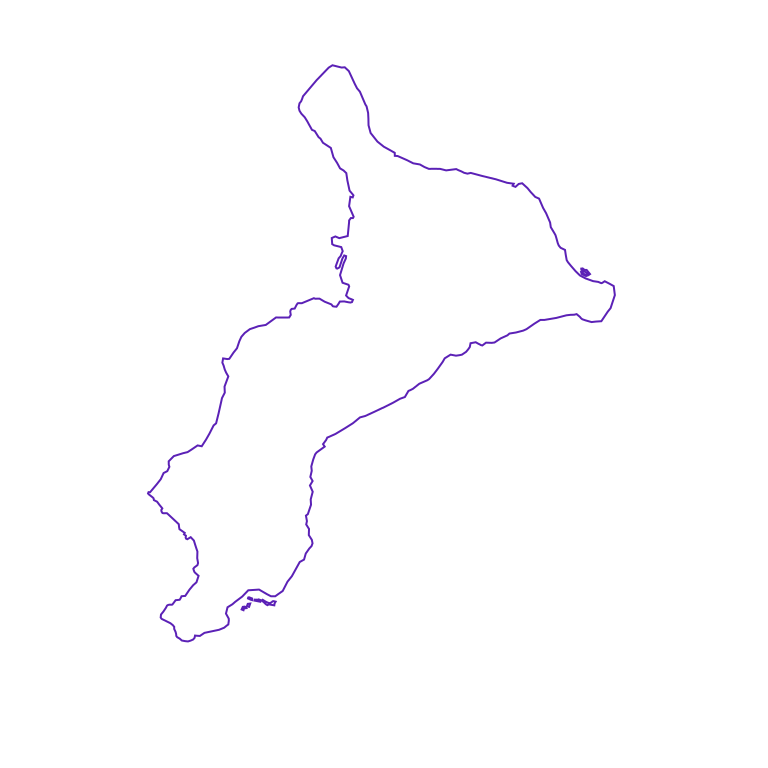 Udot, Federated States of Micronesia (Mercator projection), rotated 104°
{"feature_id": "79324940B84620093973822", "entity_name": "Udot", "entity_type": "district", "adm_level": 2, "iso_a3": "FSM", "parent_name": "Federated States of Micronesia", "parent_adm1": "", "projection": "mercator", "projection_center": [151.721, 7.382], "detail": "fine", "context": "isolated", "style": "outline", "palette": "violet", "viewbox_px": 768, "rotation_deg": 104, "n_neighbors": 0, "source": "geoboundaries", "source_scale": "gbopen_adm2", "svg_char_len": 5675}
<svg xmlns="http://www.w3.org/2000/svg" viewBox="0 0 768 768"><g transform="rotate(104 384 384)"><path d="M309.9,434.5L312.3,434.9L313.1,436.3L313.3,438.3L313.5,442.6L314.7,446.8L317.1,447.5L320.5,448.8L320.9,451.2L320.9,452.5L319.5,454.3L318.5,461.5L316.8,467.2L317.0,468.0L317.9,471.4L317.7,472.8L325.5,483.3L326.2,486.4L326.6,487.3L328.5,488.0L332.4,488.9L333.5,491.8L334.9,492.5L336.4,492.5L339.5,491.2L342.4,492.1L343.3,495.5L345.6,504.9L355.3,513.0L358.3,519.9L360.6,523.3L363.2,527.4L368.2,531.5L372.7,533.8L377.4,534.7L384.9,535.3L389.9,537.6L397.0,540.2L397.7,542.0L398.1,546.3L402.4,546.0L404.9,544.1L408.5,542.0L411.2,539.9L414.3,536.9L425.1,538.1L430.9,536.4L436.9,537.8L439.8,537.7L452.5,537.4L462.8,537.4L465.4,539.3L474.5,541.4L480.9,543.2L488.5,545.8L488.7,550.0L494.3,555.0L497.6,558.1L499.7,562.1L504.8,570.5L508.2,572.5L511.1,574.2L514.4,573.3L516.3,572.2L521.0,573.2L523.7,576.3L530.4,577.6L536.2,580.2L545.6,584.8L545.9,586.3L547.3,586.5L548.0,585.5L550.0,581.0L550.7,579.9L552.3,579.2L553.1,575.7L555.4,572.9L558.3,569.0L560.2,569.6L561.6,569.0L562.8,567.7L562.7,566.4L562.2,564.7L561.9,563.3L562.8,561.6L569.7,549.2L572.5,548.2L574.4,547.3L575.2,545.1L576.7,541.3L578.3,541.7L579.1,539.5L581.0,539.3L581.9,538.7L582.2,537.3L579.4,534.5L581.9,530.6L585.7,528.3L588.6,526.5L591.7,524.5L598.2,523.1L602.7,521.1L604.9,521.2L607.8,523.6L609.4,524.3L610.6,523.6L612.1,522.6L612.8,521.7L615.0,517.5L621.8,518.0L625.4,520.5L630.6,523.0L637.7,525.6L638.9,529.1L641.4,529.6L642.8,530.1L644.2,533.9L646.9,535.0L649.2,536.0L649.6,536.9L650.0,538.7L650.6,540.0L651.5,540.9L654.0,541.5L658.2,543.0L661.6,544.6L664.6,544.2L665.7,542.9L667.8,533.3L669.1,530.5L670.4,528.8L671.4,528.6L672.6,528.2L674.9,526.3L676.9,525.2L678.7,524.6L679.7,523.4L680.5,520.6L681.8,518.1L681.6,514.7L681.2,511.9L679.8,509.6L678.1,507.4L676.2,506.4L673.8,506.5L673.6,505.0L673.0,501.7L668.9,498.0L662.4,484.6L659.1,480.1L656.4,478.1L655.0,476.9L651.2,477.3L649.2,477.9L645.0,481.8L638.5,481.8L634.4,477.8L631.4,475.7L624.5,470.1L617.0,465.8L615.6,461.4L613.7,455.5L616.2,446.9L617.3,442.3L616.3,438.2L613.1,435.5L609.3,432.2L599.1,429.8L592.8,426.9L577.1,422.7L573.7,419.1L567.4,418.9L561.7,416.7L558.8,415.1L555.9,414.8L552.7,416.3L548.8,420.4L542.8,421.7L539.1,425.5L535.7,425.6L530.6,427.9L528.7,426.4L518.8,425.6L513.7,427.2L505.8,427.1L500.4,431.3L495.4,429.8L492.0,433.0L485.7,433.1L481.6,434.6L474.4,434.4L468.9,433.8L466.7,432.8L459.1,426.4L457.1,428.6L452.3,426.6L449.7,426.1L449.0,425.1L444.2,419.0L436.3,411.1L429.6,404.7L422.2,399.2L419.6,394.5L413.6,387.0L407.6,379.7L407.4,379.3L400.0,370.7L394.4,364.8L391.6,360.6L384.8,358.6L383.6,357.0L381.7,354.8L375.2,349.8L369.9,342.9L368.3,341.4L362.0,338.0L356.2,335.5L348.3,332.4L344.4,331.3L339.4,326.5L339.1,321.0L337.7,317.6L336.7,315.5L332.9,312.1L330.0,310.7L327.4,309.7L323.5,309.9L321.3,305.1L322.1,302.2L322.5,300.3L322.8,299.5L322.8,297.9L319.2,295.0L318.0,289.4L317.0,286.8L311.5,281.8L306.9,276.0L304.7,274.5L302.1,268.4L298.5,261.8L296.3,259.0L289.1,252.7L284.0,247.8L283.0,243.8L278.2,232.8L273.2,223.6L271.7,219.6L270.8,216.3L269.6,214.0L271.5,210.1L272.5,208.8L273.2,207.3L273.5,203.9L273.7,197.6L272.2,193.6L270.5,188.3L259.7,184.4L255.6,182.5L241.9,181.5L233.4,184.8L232.2,189.3L230.9,194.7L233.1,196.7L233.6,197.6L233.1,200.8L233.6,206.0L232.8,213.9L231.3,220.1L228.2,225.4L224.2,231.1L221.3,235.0L219.6,236.7L214.7,238.9L210.1,240.8L209.1,245.6L207.4,247.9L205.4,249.4L200.8,252.0L198.1,253.6L196.2,255.4L191.5,260.1L187.1,261.9L179.1,268.0L174.7,272.2L166.6,278.4L165.9,282.5L162.4,287.9L159.2,292.2L155.8,298.5L157.3,301.7L160.9,304.1L160.7,306.1L160.5,307.2L158.3,306.6L159.0,313.3L158.3,324.9L158.4,338.8L158.2,350.9L159.7,353.9L159.7,357.4L159.0,360.3L158.5,363.7L158.0,365.9L161.7,375.4L161.7,381.6L162.7,385.9L164.4,392.6L163.7,397.2L162.3,402.3L162.8,409.0L161.2,416.1L160.0,423.0L159.5,425.9L160.0,428.7L157.1,429.5L155.4,435.6L153.8,441.6L150.4,449.0L143.7,457.7L136.7,461.6L130.4,463.3L124.8,465.0L118.8,468.1L117.3,469.7L106.2,478.1L103.6,481.7L99.7,485.1L88.9,493.8L86.2,498.7L87.2,501.7L87.2,511.1L90.4,514.2L105.5,522.9L124.4,532.2L127.1,532.4L129.7,532.8L132.1,533.9L136.3,533.7L139.3,532.1L141.7,529.6L144.4,525.4L147.8,521.9L150.2,519.7L154.8,515.4L155.3,512.4L160.3,507.2L161.3,505.0L164.7,501.6L167.8,492.7L176.2,487.9L180.8,483.0L185.4,478.8L186.6,474.9L188.5,471.6L195.3,468.8L204.7,464.2L208.3,459.3L210.5,459.5L210.5,461.9L219.9,460.9L229.1,453.9L230.5,454.3L231.0,456.3L233.7,457.4L235.6,457.0L249.2,455.0L253.3,462.7L252.6,466.9L255.0,470.0L260.8,468.1L261.5,466.0L261.5,458.6L265.1,456.2L267.7,456.7L270.3,457.0L273.0,458.4L279.4,459.1L281.8,459.3L283.3,458.1L283.3,457.2L281.6,455.4L277.5,455.1L272.3,454.7L268.9,453.7L269.1,451.7L271.5,451.4L276.8,452.4L289.0,453.0L295.8,448.7L296.3,442.5L297.7,441.4L307.3,442.2L308.0,441.2L309.2,439.2L309.7,435.6L309.9,434.5ZM623.4,437.1L621.4,436.5L621.4,438.6L621.8,439.5L623.0,440.3L624.3,441.8L624.3,443.8L623.8,446.2L622.7,449.6L623.6,450.3L624.9,447.7L626.3,445.3L626.8,443.6L625.7,442.4L625.3,436.9L623.4,437.1ZM224.3,220.5L225.5,220.1L226.7,215.4L227.0,213.9L228.4,211.5L227.5,210.7L224.3,215.0L224.8,216.9L223.8,219.2L224.3,220.5ZM624.5,457.3L625.5,457.2L625.2,451.3L623.6,451.2L623.3,453.5L623.9,454.5L624.5,457.3ZM637.2,467.6L637.5,465.6L635.6,465.5L634.8,463.4L633.8,464.5L633.7,465.3L634.4,467.1L637.2,467.6ZM227.7,219.8L229.4,218.8L230.4,214.1L229.6,212.9L228.7,213.8L228.9,214.6L229.2,215.5L228.4,217.6L227.4,218.6L227.7,219.8ZM632.9,463.3L632.9,461.0L629.4,460.7L630.3,463.0L632.9,463.3ZM625.0,464.1L625.6,460.8L625.6,459.6L624.0,460.1L623.6,463.4L624.0,464.1L625.0,464.1Z" fill="none" stroke="#5b21b6" stroke-width="2"/></g></svg>